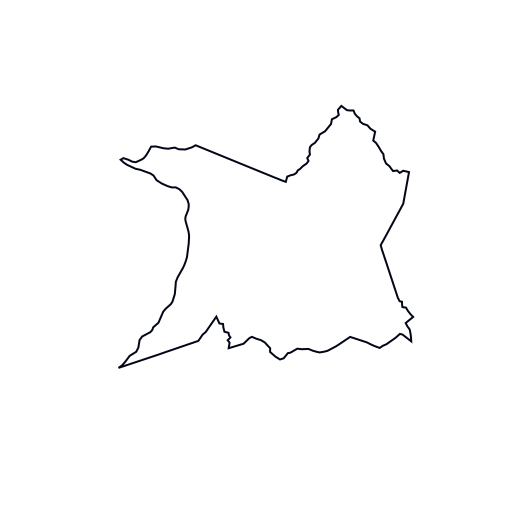 São José do Egito, Pernambuco, Brazil (orthographic projection), rotated 151°
{"feature_id": "56859067B74769239059488", "entity_name": "São José do Egito", "entity_type": "district", "adm_level": 2, "iso_a3": "BRA", "parent_name": "Brazil", "parent_adm1": "Pernambuco", "projection": "orthographic", "projection_center": [-37.263, -7.536], "detail": "fine", "context": "isolated", "style": "outline", "palette": "ink", "viewbox_px": 512, "rotation_deg": 151, "n_neighbors": 0, "source": "geoboundaries", "source_scale": "gbopen_adm2", "svg_char_len": 2532}
<svg xmlns="http://www.w3.org/2000/svg" viewBox="0 0 512 512"><g transform="rotate(151 256 256)"><path d="M430.5,224.8L389.3,217.1L381.1,215.7L347.6,209.7L340.8,213.1L336.8,213.9L320.1,222.2L320.7,214.7L317.8,212.5L319.2,209.3L320.3,205.0L317.3,202.2L318.1,199.6L317.8,197.2L321.6,196.0L321.1,193.0L324.6,188.6L309.4,185.3L301.6,187.4L298.8,187.3L295.9,183.6L292.4,179.9L290.2,176.1L289.2,171.9L288.3,168.5L290.2,165.3L287.8,158.6L285.2,153.9L281.4,153.1L275.2,155.6L273.0,154.8L264.8,154.9L261.0,152.2L255.2,149.3L252.2,145.6L249.4,142.8L247.1,140.8L242.9,139.3L239.4,138.4L229.4,138.2L221.0,138.9L212.9,139.6L200.9,126.7L199.1,124.0L196.5,120.4L192.4,115.6L188.8,116.0L184.6,115.6L173.6,116.8L167.9,118.1L165.9,116.2L161.6,106.1L159.8,109.9L158.7,112.6L157.2,117.2L157.7,121.2L157.6,124.8L152.7,125.7L148.1,126.5L149.1,130.2L149.8,134.7L149.8,138.1L152.7,140.3L151.7,142.9L150.5,145.2L152.3,146.8L152.2,150.7L145.2,187.4L144.8,189.7L143.5,196.5L142.8,200.4L141.7,205.0L132.6,210.7L127.1,214.2L120.4,218.5L101.9,230.3L81.5,255.2L85.9,259.2L90.0,259.0L91.2,262.4L94.9,263.8L95.4,266.6L95.7,269.7L97.4,273.8L96.9,279.1L95.2,283.3L95.7,287.1L95.8,292.0L96.2,296.7L97.5,300.1L91.5,307.0L92.9,309.4L94.2,311.8L95.2,316.3L98.4,319.8L99.8,323.2L98.7,326.2L99.9,329.1L100.6,332.4L100.2,336.0L103.7,338.0L105.8,339.5L108.6,345.9L113.5,344.1L114.5,341.8L115.2,339.3L118.3,338.5L123.3,338.8L126.4,335.1L135.1,331.6L141.5,331.4L144.5,328.5L149.7,326.4L153.4,326.1L156.1,325.0L158.5,321.6L159.6,318.6L163.7,316.8L164.0,313.7L166.7,312.4L171.7,311.8L175.2,310.8L178.0,310.6L180.3,309.1L183.3,308.9L186.9,309.9L190.2,310.3L194.0,306.4L197.4,310.3L199.3,312.8L202.0,316.0L229.0,349.6L255.1,382.1L259.2,382.1L266.1,383.4L271.8,386.8L274.5,390.2L280.8,392.4L284.7,395.1L290.4,400.3L294.7,402.5L299.9,399.2L303.5,397.2L306.7,396.0L309.2,395.8L311.9,396.0L315.7,396.3L318.6,398.6L320.9,402.0L324.6,405.9L327.7,405.8L326.4,401.9L324.6,398.3L319.0,390.6L315.4,387.5L308.3,379.3L306.6,376.0L306.2,370.5L303.3,365.1L299.3,359.8L296.4,356.8L292.9,354.9L290.6,351.5L289.5,347.9L288.8,338.0L289.7,334.0L291.0,331.7L292.9,329.2L298.4,324.7L300.0,322.5L300.8,320.2L303.1,310.4L304.3,307.0L305.6,304.6L308.9,299.4L316.9,288.5L320.4,285.1L323.3,282.7L325.3,281.2L334.8,275.4L338.6,272.3L341.0,268.6L345.5,262.0L351.4,256.4L354.1,255.1L360.4,253.7L364.1,252.3L373.7,244.9L380.6,243.4L382.5,241.6L385.4,240.6L394.6,240.8L398.6,238.9L403.3,232.9L407.2,230.3L414.9,229.9L421.6,226.9L426.4,225.2L430.5,224.8Z" fill="none" stroke="#020617" stroke-width="2"/></g></svg>